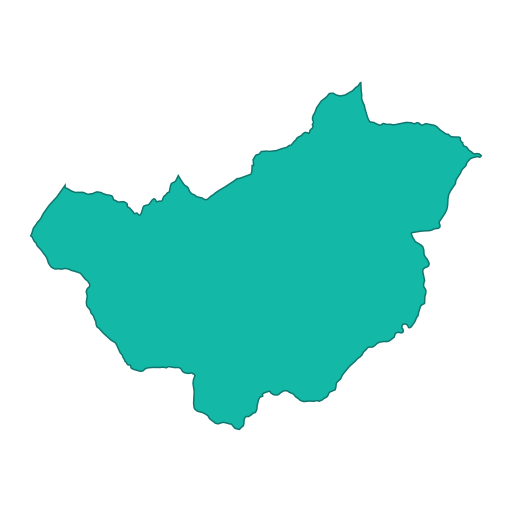 Betéitiva, Boyacá, Colombia
{"feature_id": "7082276B99729391048733", "entity_name": "Betéitiva", "entity_type": "district", "adm_level": 2, "iso_a3": "COL", "parent_name": "Colombia", "parent_adm1": "Boyacá", "projection": "orthographic", "projection_center": [-72.847, 5.922], "detail": "fine", "context": "isolated", "style": "filled", "palette": "teal", "viewbox_px": 512, "rotation_deg": 0, "n_neighbors": 0, "source": "geoboundaries", "source_scale": "gbopen_adm2", "svg_char_len": 6049}
<svg xmlns="http://www.w3.org/2000/svg" viewBox="0 0 512 512"><path d="M335.1,389.8L335.8,387.6L336.2,384.0L336.7,382.5L340.7,378.8L342.2,375.4L343.4,373.7L349.4,366.4L355.3,361.1L357.8,358.4L360.0,356.9L361.7,355.3L363.6,351.9L366.2,349.5L367.3,348.0L368.2,347.4L369.6,347.1L372.6,347.0L374.4,345.9L376.9,343.6L378.6,342.6L380.3,342.0L384.1,341.5L387.1,341.6L389.5,340.8L394.2,337.1L395.1,334.2L395.9,333.1L397.6,332.4L398.9,332.4L401.2,332.9L402.0,332.8L403.1,331.9L403.3,331.3L403.3,330.5L402.7,328.7L401.9,327.9L401.8,327.0L402.2,325.5L403.0,324.3L404.7,323.9L406.5,324.3L407.8,325.7L408.5,327.4L409.0,327.7L409.7,327.7L411.2,326.9L414.2,322.6L415.3,320.8L416.5,317.6L418.0,315.7L418.7,312.1L420.5,306.4L421.7,304.9L423.8,303.9L424.4,303.5L424.6,303.0L424.8,297.1L425.8,293.1L425.9,290.9L425.6,289.6L423.7,286.5L423.6,284.0L424.6,280.5L422.8,271.9L422.9,269.6L424.5,268.0L425.5,267.4L427.0,267.0L428.6,265.9L429.1,264.1L429.1,263.2L427.2,259.2L425.7,257.5L424.3,255.2L423.9,253.1L423.8,250.0L422.8,246.8L421.4,245.3L415.9,242.0L414.9,241.1L412.6,237.1L411.5,234.5L411.4,233.1L412.2,232.6L421.3,231.1L429.9,230.6L432.2,229.9L434.1,228.9L438.3,228.3L439.7,227.3L440.0,226.6L440.0,226.0L439.8,224.5L439.1,223.1L439.2,221.9L445.0,213.3L446.8,209.5L447.6,205.6L448.0,198.5L448.8,194.2L451.0,190.1L455.4,183.7L455.9,180.5L456.4,179.4L460.4,173.2L462.1,169.5L465.7,165.9L467.1,162.3L470.3,158.8L472.7,157.7L477.2,156.6L479.9,157.2L480.9,156.3L481.3,155.5L479.0,153.8L476.7,153.6L474.6,154.0L473.3,153.5L471.3,151.7L469.5,150.7L468.8,150.0L466.5,147.0L463.8,145.9L462.7,144.0L462.7,142.7L461.8,142.2L460.4,140.2L460.2,137.8L459.9,137.4L458.8,137.1L452.5,136.9L450.7,136.5L448.3,134.3L446.6,134.2L445.0,133.3L440.3,130.1L436.6,126.5L433.9,125.2L425.9,123.7L425.0,123.9L423.0,124.9L421.8,125.1L421.2,125.0L419.1,123.2L418.4,122.9L416.5,122.8L415.2,123.6L414.2,123.8L411.1,122.7L406.1,122.4L394.9,124.7L392.8,124.8L390.8,124.3L386.8,124.4L383.6,123.5L382.5,123.7L381.4,124.8L380.5,125.2L379.6,125.1L376.5,123.9L373.8,122.5L369.7,121.8L368.2,119.0L367.2,116.3L365.0,108.8L364.4,105.6L362.1,100.3L361.6,98.2L361.7,94.3L361.2,90.9L360.8,82.6L360.2,82.9L357.9,86.2L355.8,87.4L352.5,90.8L344.7,95.2L341.9,95.6L340.8,96.0L340.0,95.9L336.2,95.0L333.2,93.2L329.8,93.4L328.9,94.0L326.8,96.7L321.2,101.1L316.6,107.8L314.9,112.5L313.3,115.2L312.5,117.8L312.6,120.1L313.3,121.0L313.4,121.8L313.4,122.8L312.3,124.7L312.4,125.2L313.1,126.0L313.0,126.6L312.2,128.4L311.0,129.2L310.0,130.3L309.4,133.0L309.0,133.4L308.5,133.4L307.9,132.9L306.7,132.6L305.2,132.4L304.4,132.7L302.4,134.2L301.7,135.3L300.8,135.9L298.2,137.1L297.4,137.7L296.6,138.5L295.5,140.5L294.5,141.0L291.2,145.1L290.5,145.4L289.7,145.3L289.0,145.6L286.6,147.4L281.3,148.8L276.4,150.6L269.5,151.4L266.5,151.1L261.3,151.5L259.3,153.9L258.3,154.5L256.6,154.8L255.7,155.4L253.1,159.7L253.6,165.5L252.1,165.5L251.9,170.7L251.5,172.9L250.9,174.2L240.9,177.9L238.7,178.6L237.3,178.5L233.7,181.2L225.0,186.9L218.9,190.5L215.0,193.2L213.2,194.8L211.4,195.8L207.5,199.2L206.5,199.7L204.9,199.5L203.5,199.1L202.3,198.0L197.2,196.9L196.1,196.3L194.9,195.2L191.5,193.6L189.5,191.3L188.3,188.1L186.6,186.3L185.2,185.7L184.0,184.5L181.2,180.5L178.3,175.6L175.8,180.7L175.1,181.6L171.4,183.5L170.7,185.1L169.2,192.1L167.4,192.8L165.6,195.1L164.5,195.8L163.6,196.8L162.1,200.7L161.4,201.2L159.0,201.1L157.1,201.8L156.5,201.8L155.4,199.6L154.2,198.8L153.6,198.9L152.0,200.2L149.1,204.3L148.2,204.8L145.9,205.3L143.8,206.1L143.1,207.3L141.3,213.2L140.5,214.6L139.9,215.0L139.1,215.0L138.2,214.5L137.4,213.4L136.9,213.1L136.3,213.1L134.7,213.7L133.9,213.3L133.5,212.4L132.5,211.1L129.5,207.9L127.5,206.7L127.2,205.8L127.4,204.9L126.9,203.4L124.3,201.9L123.2,201.6L118.5,202.1L117.3,201.7L116.3,200.9L113.5,199.7L112.5,196.6L111.7,195.9L110.5,195.4L106.7,194.8L103.2,193.7L101.2,192.6L98.7,192.1L96.9,191.9L94.5,192.7L92.1,193.9L90.9,193.7L88.8,194.3L86.9,194.0L83.8,192.6L82.4,192.3L75.0,192.4L70.9,190.7L67.2,188.4L65.7,188.1L65.1,187.7L65.1,185.3L56.8,197.0L49.7,204.7L47.8,207.2L43.2,213.7L40.5,219.0L37.3,222.5L36.4,224.1L33.4,228.2L31.9,233.2L30.7,235.9L31.9,236.6L34.4,241.5L36.0,242.9L36.9,245.2L37.8,246.5L40.7,249.5L46.7,257.6L48.5,263.2L50.2,265.8L51.6,267.4L54.4,268.8L55.7,269.0L58.7,268.7L61.0,269.2L65.0,268.5L66.4,268.6L69.2,269.3L71.0,270.3L75.8,271.6L80.4,273.2L85.2,279.1L87.7,281.1L89.5,284.0L89.9,285.3L89.2,287.0L87.6,288.3L86.8,289.7L86.2,291.8L87.0,294.5L87.2,296.8L86.3,302.0L86.7,305.5L87.7,307.1L90.1,309.9L91.0,313.0L93.3,315.6L94.7,319.4L95.7,321.3L96.3,325.1L97.1,327.0L98.9,328.2L103.2,333.0L110.9,340.0L115.4,342.8L116.7,345.0L119.7,351.7L120.4,353.0L122.2,354.9L122.9,357.1L124.5,359.7L125.0,361.3L126.3,362.4L127.4,364.4L128.3,364.9L129.9,365.0L130.6,365.5L131.0,367.8L131.5,368.4L134.1,369.5L139.9,371.2L141.0,371.3L142.8,370.9L145.7,368.5L148.2,367.8L153.4,367.4L160.0,367.5L161.9,367.2L163.9,367.3L166.4,367.8L168.1,366.7L169.2,366.7L174.7,367.6L178.3,367.5L179.9,368.0L180.8,368.6L182.6,371.5L184.0,372.4L185.4,373.0L188.1,373.4L189.9,373.3L191.7,372.8L192.7,373.7L193.8,374.1L195.0,375.4L193.5,379.5L193.0,383.4L194.2,391.6L193.6,402.9L194.0,407.1L194.5,408.7L196.9,410.9L198.6,411.6L202.0,412.3L205.7,414.2L208.1,415.9L209.4,418.4L210.1,419.1L215.4,423.2L217.8,423.8L218.7,423.7L222.3,422.5L224.1,422.4L230.0,424.0L231.4,424.1L234.8,428.2L236.8,428.9L239.5,429.4L240.6,428.1L243.3,425.8L243.9,423.6L244.1,420.0L244.9,417.7L245.5,416.9L246.2,416.5L248.4,416.6L249.1,416.4L249.9,415.6L251.5,414.7L253.0,413.2L255.2,412.6L255.6,412.1L256.8,409.5L257.2,405.3L258.5,399.9L259.7,397.5L260.6,396.9L260.7,396.5L261.7,396.6L262.7,396.2L262.5,394.3L262.7,393.8L264.9,392.6L268.7,391.4L270.1,391.3L270.6,392.7L273.0,394.4L274.1,394.8L276.8,395.0L278.5,394.6L279.6,393.5L283.4,390.9L287.0,390.7L289.6,392.4L293.0,393.8L294.7,395.4L295.0,396.1L296.4,397.4L298.0,398.3L300.3,400.4L303.8,401.6L309.3,401.0L313.5,401.3L316.8,400.6L317.5,400.6L319.0,401.3L321.9,400.1L323.6,398.7L326.6,397.1L327.9,395.5L328.7,393.4L329.8,392.1L335.1,389.8Z" fill="#14b8a6" stroke="#0f766e" stroke-width="1.5"/></svg>